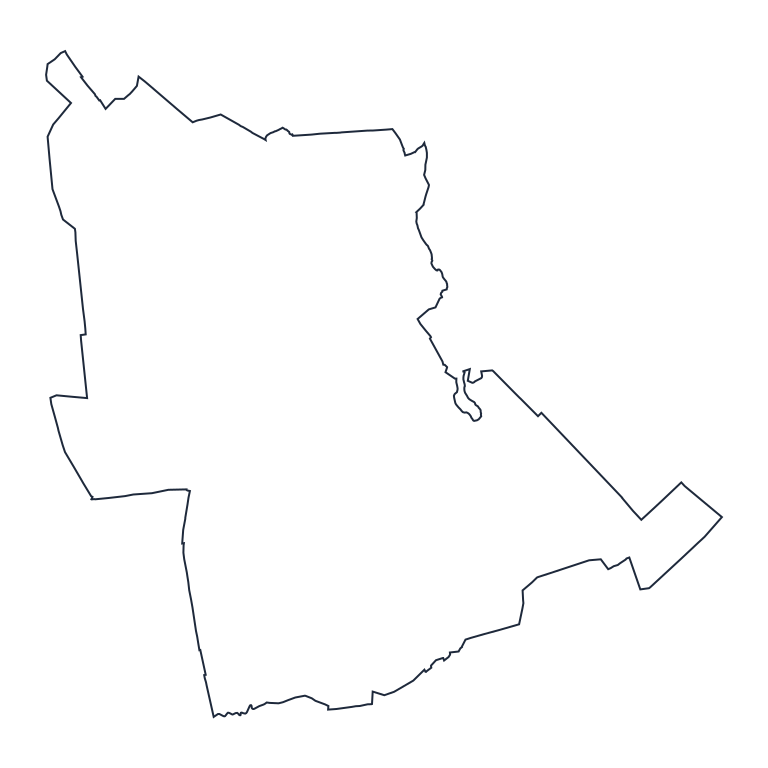 the district of Vaboles pag., Daugavpils, Latvia
{"feature_id": "27541924B48238207872325", "entity_name": "Vaboles pag.", "entity_type": "district", "adm_level": 2, "iso_a3": "LVA", "parent_name": "Latvia", "parent_adm1": "Daugavpils", "projection": "mercator", "projection_center": [26.498, 56.031], "detail": "fine", "context": "isolated", "style": "outline", "palette": "slate", "viewbox_px": 768, "rotation_deg": 0, "n_neighbors": 0, "source": "geoboundaries", "source_scale": "gbopen_adm2", "svg_char_len": 5975}
<svg xmlns="http://www.w3.org/2000/svg" viewBox="0 0 768 768"><path d="M721.9,517.1L684.7,486.1L681.3,482.4L662.3,500.4L649.7,512.1L641.3,519.8L633.0,510.9L622.0,497.8L622.1,497.6L541.4,412.8L538.0,416.2L520.2,398.3L519.9,398.1L515.0,393.2L493.2,371.1L492.2,370.4L481.2,371.4L482.1,375.9L481.9,377.2L481.3,378.1L474.9,381.4L474.3,382.1L473.1,382.7L472.3,382.8L467.8,380.8L469.8,369.1L462.5,371.5L463.1,371.5L464.0,371.8L464.6,372.4L464.1,374.2L463.6,375.8L463.4,377.6L463.4,379.5L463.7,380.6L464.0,382.1L464.6,384.1L464.8,385.6L464.8,386.4L464.4,387.1L464.3,388.9L464.4,390.2L464.6,391.3L465.1,392.8L465.6,393.6L467.1,396.0L468.0,397.8L469.3,399.2L471.8,400.8L474.2,402.1L474.7,402.7L475.1,403.4L475.2,404.0L475.3,404.5L476.0,405.2L477.8,406.3L478.1,406.6L478.6,407.6L480.1,409.3L480.6,410.2L480.7,412.2L481.1,413.4L480.9,414.7L481.2,416.3L478.7,419.3L477.0,420.3L474.1,420.9L473.2,420.4L472.2,418.7L471.3,417.6L470.9,416.4L469.7,414.7L469.0,413.9L467.8,413.0L466.5,412.4L464.5,412.6L462.8,412.1L461.6,410.9L460.4,409.3L458.6,407.5L456.5,405.0L455.8,404.0L455.3,402.9L454.2,398.0L454.0,396.6L453.9,395.8L454.4,394.6L454.8,393.9L456.9,392.2L457.5,389.9L457.6,388.6L457.5,387.8L457.1,385.6L456.6,383.6L456.3,382.2L456.3,380.9L456.4,378.6L454.9,378.6L445.5,372.2L447.1,367.4L447.1,367.1L444.7,364.8L443.3,364.7L442.5,361.5L429.9,338.6L431.0,337.2L430.4,336.1L425.8,330.7L420.4,324.0L417.6,319.0L428.8,309.4L435.5,307.4L439.6,298.7L440.2,298.2L441.2,297.6L442.1,297.3L442.1,297.1L441.9,296.6L440.7,294.4L440.9,293.5L441.2,292.8L442.3,291.7L442.4,290.7L446.7,289.4L446.9,288.0L447.3,287.2L447.3,286.4L447.1,285.2L447.1,284.0L446.7,283.1L446.4,281.9L446.0,281.2L444.1,278.9L443.0,277.4L442.7,276.7L442.3,274.4L442.0,273.3L441.4,271.9L440.1,270.3L439.8,269.9L439.0,269.5L438.4,269.5L437.7,269.7L437.6,269.8L437.5,270.4L437.3,270.5L436.4,270.3L434.9,269.0L432.9,266.7L431.5,263.7L431.4,263.2L431.6,261.9L432.2,261.0L432.3,260.4L431.7,259.3L431.7,259.0L432.0,258.4L432.0,258.2L431.6,254.3L431.2,253.1L430.0,250.1L429.0,248.7L428.0,246.1L427.3,245.3L426.8,245.0L425.9,243.9L423.4,240.4L421.5,237.4L418.8,229.9L418.0,228.2L417.4,225.3L416.7,223.6L416.3,221.5L416.8,218.0L416.6,212.4L416.3,212.2L420.1,208.6L423.5,204.9L423.4,204.8L424.2,201.8L425.5,196.6L426.3,193.9L428.5,187.3L428.9,185.5L428.9,184.8L425.6,178.4L424.1,174.9L425.3,170.0L425.4,164.7L426.0,161.9L426.9,157.5L426.9,152.9L426.4,149.8L425.7,146.8L425.2,146.0L424.8,145.1L424.3,142.9L423.7,143.8L422.7,145.6L421.7,146.4L418.2,148.5L417.3,149.3L415.3,151.9L415.2,151.8L410.7,153.9L405.2,155.5L404.7,153.7L404.6,152.8L403.7,150.9L403.4,149.9L403.8,148.8L403.0,147.6L402.1,145.3L399.9,139.5L395.5,133.2L392.4,129.1L386.5,129.6L373.3,130.5L367.4,130.6L341.4,132.4L340.3,132.6L336.0,132.9L334.1,132.9L320.0,133.7L311.4,134.6L292.9,135.8L292.7,135.0L292.4,134.5L291.9,134.9L291.6,134.6L290.0,134.0L289.5,133.5L289.2,132.0L288.4,131.3L287.6,130.8L287.2,130.2L286.1,129.5L285.8,129.6L285.2,129.4L284.5,129.0L284.1,128.6L283.3,128.1L282.8,127.8L282.5,127.7L281.7,128.3L279.8,129.2L278.6,129.9L275.7,131.2L274.6,131.4L273.5,132.1L270.5,133.1L267.0,135.4L266.0,136.9L265.5,138.2L265.4,138.7L265.4,139.1L265.6,140.0L263.6,138.8L252.4,132.9L250.9,131.7L242.9,127.0L240.7,126.1L239.0,124.8L220.7,114.5L210.4,117.5L202.1,119.5L199.1,120.0L196.6,120.7L192.7,122.3L177.2,109.2L149.1,85.1L144.6,81.3L138.6,76.6L136.9,85.9L132.3,91.3L129.7,94.1L128.5,95.0L124.0,98.9L115.2,98.9L105.6,108.9L100.1,100.2L99.3,100.5L96.5,96.7L95.5,95.9L94.9,94.2L87.5,85.6L81.0,77.2L82.5,76.7L75.3,66.9L66.8,54.5L65.1,51.1L60.7,53.1L54.7,59.3L47.6,64.1L47.3,66.7L46.1,74.8L46.9,80.7L71.0,103.0L58.5,118.3L53.2,124.5L47.6,136.7L48.1,142.4L49.5,158.2L52.5,189.2L59.0,206.7L60.5,211.2L61.3,214.8L63.0,219.5L74.9,228.8L75.4,232.3L75.7,240.9L77.1,253.4L83.0,309.0L84.6,321.3L85.3,328.6L85.7,334.4L80.7,335.1L81.1,340.7L87.1,398.1L71.3,396.7L56.5,395.3L50.4,397.8L51.3,404.1L55.0,417.3L57.9,427.9L58.5,430.7L62.7,445.2L65.0,452.1L73.5,466.4L81.6,480.3L83.2,483.1L91.1,496.1L92.5,496.9L91.4,499.3L91.6,499.4L94.3,499.1L95.1,499.3L108.5,498.0L125.1,496.1L133.3,494.5L151.9,493.2L168.4,489.8L186.4,489.4L186.3,489.8L187.4,490.5L189.9,491.0L188.5,497.7L187.5,504.5L185.3,517.7L185.3,518.7L183.2,529.9L182.2,543.5L183.9,543.2L183.6,545.2L183.4,552.7L184.2,559.1L186.8,572.4L187.4,576.4L188.3,582.1L189.2,590.1L191.1,599.7L192.5,607.6L196.0,631.0L197.2,636.7L198.3,643.6L199.4,650.2L200.3,650.0L205.7,674.8L204.2,675.1L204.8,678.3L206.0,682.3L206.7,685.8L213.7,716.9L218.0,714.0L219.4,714.0L222.8,715.8L223.7,716.2L224.6,716.3L225.1,716.1L226.0,715.0L226.8,713.9L227.7,712.9L228.0,712.7L228.8,712.8L229.8,713.2L232.3,714.5L233.0,714.4L235.6,713.1L236.3,713.0L237.2,712.9L238.3,713.8L239.4,715.1L239.9,715.2L240.4,715.2L240.6,714.9L240.7,713.4L240.9,712.8L241.4,712.6L242.1,712.7L242.9,713.1L244.6,713.5L245.2,713.6L246.2,713.1L247.0,712.0L249.6,706.2L250.1,705.4L250.5,705.2L251.1,705.2L251.3,705.5L251.6,706.0L251.7,707.6L251.9,708.1L252.3,708.6L253.0,709.0L253.7,709.0L254.5,708.7L259.3,706.1L263.7,704.5L265.1,703.7L266.7,702.5L269.7,702.9L278.6,703.3L283.0,702.2L288.2,700.1L289.6,699.6L295.3,697.5L304.9,695.7L305.7,695.9L311.8,698.3L315.4,700.8L325.1,704.4L328.4,706.0L328.1,709.6L336.4,709.0L351.8,706.9L355.8,706.2L359.8,706.0L367.6,704.3L371.3,704.2L372.0,704.0L372.7,691.6L384.3,695.2L394.1,691.8L413.3,680.6L424.4,669.7L425.5,671.8L426.1,671.8L426.2,671.6L426.4,671.4L431.3,667.7L431.0,665.9L431.1,665.5L436.0,660.2L442.9,658.0L443.2,658.0L444.1,660.5L448.6,657.0L450.1,654.6L449.9,652.5L458.6,651.5L460.3,648.4L461.7,647.3L461.6,647.2L465.5,639.6L470.8,637.9L484.5,634.0L498.2,630.3L519.1,624.3L522.4,608.6L523.4,603.2L523.1,600.1L522.6,590.4L532.0,582.4L537.0,577.5L538.2,577.0L550.0,573.2L589.1,560.3L600.8,559.3L608.2,569.2L610.7,568.1L613.7,566.2L617.8,565.0L620.1,563.2L625.6,559.6L626.5,558.5L629.3,557.5L633.4,569.4L640.3,589.4L649.0,588.2L650.2,587.3L681.6,558.3L698.3,542.6L704.6,536.8L721.9,517.1Z" fill="none" stroke="#1e293b" stroke-width="2"/></svg>